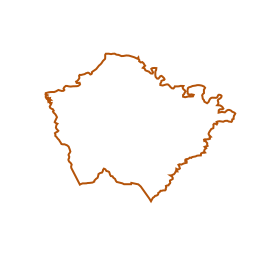 the district of Telêmaco Borba, Paraná, Brazil, rotated 118°
{"feature_id": "56859067B49964335466293", "entity_name": "Telêmaco Borba", "entity_type": "district", "adm_level": 2, "iso_a3": "BRA", "parent_name": "Brazil", "parent_adm1": "Paraná", "projection": "equal_earth", "projection_center": [-50.555, -24.255], "detail": "fine", "context": "isolated", "style": "outline", "palette": "amber", "viewbox_px": 256, "rotation_deg": 118, "n_neighbors": 0, "source": "geoboundaries", "source_scale": "gbopen_adm2", "svg_char_len": 5047}
<svg xmlns="http://www.w3.org/2000/svg" viewBox="0 0 256 256"><g transform="rotate(118 128 128)"><path d="M70.3,39.0L69.2,39.7L68.2,39.9L67.3,40.2L66.0,40.0L64.8,40.1L64.5,41.4L64.7,43.8L64.3,44.9L64.4,46.8L65.0,48.1L66.1,48.9L68.7,49.8L69.8,52.8L71.9,55.2L69.7,56.2L68.4,55.7L66.9,53.2L66.1,52.9L65.2,54.4L64.9,55.7L64.8,57.2L66.0,59.9L64.6,59.6L63.2,60.1L61.6,61.6L60.5,61.7L58.2,60.3L56.7,60.1L55.7,60.5L55.4,61.7L55.9,63.3L56.8,63.8L58.8,63.6L60.0,64.4L61.4,67.3L61.9,68.2L62.8,68.9L64.2,69.3L67.3,69.1L69.0,69.8L68.9,72.9L67.7,74.1L67.1,75.7L65.6,76.8L64.3,77.9L62.9,77.8L61.5,77.3L60.0,78.2L58.4,79.0L57.2,78.8L56.3,78.8L55.7,80.4L55.9,82.7L56.3,84.0L56.8,85.4L57.8,87.2L58.6,88.0L60.7,90.8L61.9,91.7L63.5,93.3L64.6,93.8L67.4,92.9L68.2,92.2L69.3,91.7L69.9,90.5L69.4,88.9L68.5,87.8L67.9,85.6L69.6,85.5L70.9,87.6L71.8,89.5L72.9,90.7L74.0,92.0L74.5,94.1L73.0,94.9L71.7,94.4L70.7,94.5L68.9,94.4L68.1,95.4L67.9,96.7L67.4,98.0L66.5,98.8L64.9,98.8L66.1,101.3L67.3,102.6L68.2,104.1L69.3,106.2L70.2,106.1L71.7,106.4L72.3,107.8L71.9,109.7L71.1,111.5L70.8,113.3L71.4,114.4L72.4,115.5L74.2,117.3L74.9,119.6L73.7,120.3L72.8,120.2L71.6,120.3L70.7,120.6L69.8,119.9L68.6,118.7L67.8,118.6L67.1,119.6L66.4,121.8L66.3,123.0L67.1,123.8L68.1,123.9L70.1,124.3L70.7,125.5L69.9,127.6L68.8,128.5L67.2,129.4L65.2,130.4L63.6,130.4L61.8,131.1L62.7,133.1L63.8,134.7L64.9,135.2L67.1,132.0L68.4,131.9L69.1,133.2L68.8,134.9L68.4,136.0L68.7,137.8L68.9,139.7L67.6,141.4L67.9,143.1L66.3,142.7L65.0,142.1L64.5,143.2L63.6,144.5L63.1,146.3L64.1,147.5L63.8,149.5L62.8,149.8L62.1,151.1L60.9,152.0L62.4,152.3L62.5,154.0L62.6,155.8L63.6,160.9L64.0,162.0L64.8,163.6L66.6,165.9L67.6,167.6L67.7,169.2L67.9,170.8L68.5,172.1L68.7,173.3L68.6,174.6L69.6,176.3L70.7,177.6L71.5,180.0L72.8,182.4L74.1,182.5L76.5,181.2L77.7,180.7L79.7,181.3L80.7,181.6L83.1,181.8L84.8,182.2L86.5,182.9L90.8,183.7L92.4,184.5L94.5,185.6L95.7,186.1L96.5,185.6L97.6,185.6L98.4,186.4L97.8,188.1L97.9,189.3L99.4,190.8L100.8,191.6L102.1,193.1L103.1,194.2L103.8,195.6L104.9,195.7L106.2,194.7L107.2,194.3L108.5,194.5L109.4,194.6L110.6,195.0L111.4,195.6L112.3,194.5L111.7,193.2L110.8,192.0L111.8,190.9L112.9,191.0L114.4,191.9L115.1,192.8L116.3,194.9L117.1,196.3L118.3,198.0L119.0,199.7L119.5,201.6L120.1,202.7L121.9,203.4L123.5,203.4L124.3,202.1L125.4,202.4L126.4,203.9L126.8,205.7L127.1,207.3L129.6,208.9L131.0,210.2L131.6,211.5L132.8,213.5L133.6,214.6L134.4,215.5L135.8,217.0L137.0,216.6L136.8,214.6L138.5,215.6L139.5,215.0L140.2,213.8L139.3,213.6L138.5,212.8L139.2,211.8L138.3,210.9L139.3,210.6L139.5,209.3L140.6,210.7L140.4,212.2L141.5,211.2L142.5,210.4L141.4,209.3L142.6,208.5L141.8,207.3L142.8,207.1L145.8,207.2L146.7,206.3L146.9,204.5L146.7,203.2L147.6,201.7L148.6,202.0L149.3,201.1L149.7,199.5L150.1,198.4L150.9,197.1L151.8,195.8L156.2,195.6L157.2,195.5L157.5,193.9L157.4,192.3L158.7,192.6L160.1,192.3L161.6,191.8L162.3,190.7L162.8,189.3L163.2,188.2L164.3,188.5L165.5,189.4L166.9,190.1L167.9,189.0L169.1,188.5L169.5,186.9L170.4,185.0L171.0,183.1L171.7,182.1L172.3,180.9L173.4,179.2L172.9,177.6L172.3,176.7L172.1,175.6L171.9,173.7L172.3,171.7L173.5,170.3L174.2,169.5L175.0,168.7L175.9,167.8L177.4,167.8L178.6,168.0L179.7,167.9L180.9,166.4L182.2,165.9L183.6,165.9L184.4,165.4L185.3,164.2L185.8,162.2L186.7,160.6L188.8,160.1L189.9,159.3L200.6,143.9L199.5,143.2L198.1,141.9L197.4,140.5L196.4,138.8L195.6,137.9L194.3,135.8L192.8,133.7L191.2,132.6L190.2,133.0L188.9,132.6L187.8,132.3L186.3,131.5L184.9,131.7L183.9,132.0L182.5,132.4L180.9,131.5L179.5,130.0L177.9,130.0L176.7,130.4L175.2,130.2L175.1,128.6L176.1,126.9L175.7,125.3L175.7,124.0L176.5,123.1L177.6,122.0L178.5,120.6L177.9,119.0L178.7,117.7L179.1,115.4L180.3,114.0L180.9,112.6L179.5,107.0L179.5,105.1L176.2,98.9L174.9,99.3L172.9,92.4L173.7,89.2L180.4,75.8L181.2,74.5L181.9,73.3L179.5,73.3L177.8,73.2L176.6,72.5L175.2,72.2L174.2,71.0L172.6,70.2L171.1,70.8L169.8,70.0L168.2,69.8L167.5,68.6L166.7,67.8L165.6,65.9L164.6,65.7L163.7,66.3L162.6,66.3L161.4,67.3L160.4,66.5L159.6,65.3L158.6,65.4L157.3,64.9L156.4,65.0L155.6,65.8L154.7,66.3L153.5,65.5L152.1,64.6L151.1,65.0L150.2,66.3L150.0,68.4L149.5,67.5L148.2,66.5L147.4,65.8L146.3,65.5L145.0,65.4L143.9,65.5L143.2,64.2L142.4,65.7L141.3,66.2L141.3,64.9L140.8,63.9L139.4,63.2L137.8,64.7L136.8,66.2L135.8,65.4L135.2,63.6L134.1,62.9L132.6,61.6L131.9,60.7L131.1,59.9L129.7,60.7L130.2,62.0L129.0,62.5L128.2,62.0L127.0,60.4L125.8,59.7L125.0,59.4L124.7,58.1L123.5,57.7L121.3,54.9L120.2,54.2L119.3,53.0L118.0,50.8L116.2,51.5L114.8,50.6L114.2,49.2L113.5,48.4L112.9,49.8L111.7,50.2L110.6,50.1L109.2,49.5L108.7,51.5L107.9,50.9L107.2,49.9L106.4,49.3L105.3,50.5L104.2,50.9L103.6,52.5L102.9,53.5L103.7,54.5L102.6,55.4L101.8,54.7L101.4,53.6L100.6,52.6L100.0,51.5L99.0,50.6L97.9,51.6L96.9,50.7L96.5,52.0L96.1,53.3L95.4,54.1L94.2,54.3L92.5,54.3L91.4,54.1L90.1,54.1L89.2,53.5L88.1,52.6L86.9,53.1L85.9,53.5L85.0,54.2L83.8,54.0L83.2,53.0L83.2,51.3L81.9,51.3L81.0,52.6L80.0,51.7L79.0,50.3L78.3,48.4L77.8,46.9L76.2,45.7L75.0,43.7L75.0,42.1L74.0,39.5L72.7,39.4L71.5,40.0L70.3,39.0Z" fill="none" stroke="#b45309" stroke-width="2"/></g></svg>